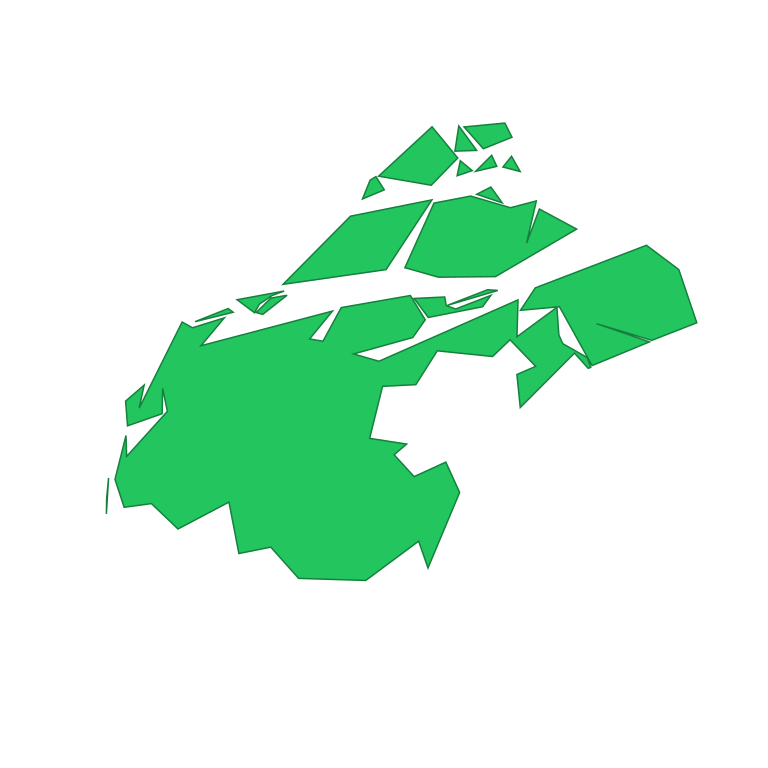 the district of Patuakhali, Barisal, Bangladesh, rotated 222°
{"feature_id": "16705992B49808088196813", "entity_name": "Patuakhali", "entity_type": "district", "adm_level": 2, "iso_a3": "BGD", "parent_name": "Bangladesh", "parent_adm1": "Barisal", "projection": "orthographic", "projection_center": [90.354, 22.181], "detail": "medium", "context": "isolated", "style": "filled", "palette": "green", "viewbox_px": 768, "rotation_deg": 222, "n_neighbors": 0, "source": "geoboundaries", "source_scale": "gbopen_adm2", "svg_char_len": 1988}
<svg xmlns="http://www.w3.org/2000/svg" viewBox="0 0 768 768"><g transform="rotate(222 384 384)"><path d="M242.7,532.3L241.5,534.7L250.7,539.6L278.2,533.6L286.9,537.5L306.8,556.7L316.8,508.1L340.7,536.2L403.0,397.5L426.7,386.0L393.7,437.8L396.3,459.3L423.6,467.4L466.9,412.2L458.0,375.0L469.4,367.7L471.1,403.7L545.6,290.0L546.9,326.3L564.0,297.6L575.5,295.0L549.8,202.2L561.5,222.7L564.6,198.4L546.6,181.3L529.0,213.5L545.6,232.7L526.7,218.7L526.8,158.0L541.3,173.1L520.1,133.1L494.6,118.5L476.8,139.5L440.1,138.4L420.2,192.5L378.4,160.9L359.0,187.0L317.4,182.4L266.1,225.8L253.1,290.4L228.2,276.7L255.2,354.0L285.8,367.3L299.7,335.3L329.1,338.2L327.0,354.5L358.3,334.0L383.5,381.3L359.9,404.8L366.6,444.3L321.7,477.1L319.9,501.2L283.1,498.6L291.6,480.0L267.0,457.7L263.1,534.4L242.7,532.3ZM335.9,556.7L331.9,530.1L305.3,558.8L241.7,536.9L214.9,592.9L266.5,571.0L214.2,595.6L192.5,638.8L241.5,666.3L281.8,662.7L335.9,556.7ZM467.9,551.9L446.3,484.4L415.0,499.8L373.0,538.4L344.5,628.0L385.6,618.0L372.3,584.1L393.3,622.0L408.0,599.6L445.3,581.7L467.9,551.9ZM525.7,390.5L459.0,470.4L471.6,552.9L521.2,486.3L525.7,390.5ZM527.1,534.8L481.9,563.3L480.4,601.3L520.4,607.3L527.1,534.8ZM496.5,628.6L467.6,625.3L454.0,653.0L468.8,658.8L496.5,628.6ZM397.1,489.3L418.9,467.7L395.6,463.1L362.4,507.4L363.9,521.4L380.9,487.7L390.2,483.9L397.1,489.3ZM549.6,348.3L527.9,350.3L530.0,360.0L526.3,375.0L520.4,386.3L549.6,348.3ZM501.1,625.8L487.1,604.5L471.4,619.6L501.1,625.8ZM370.1,523.4L389.5,484.9L362.0,529.7L370.1,523.4ZM417.4,597.7L436.4,601.9L442.1,587.0L417.4,597.7ZM523.8,507.1L513.7,528.5L528.8,532.7L530.7,526.1L523.8,507.1ZM525.8,129.9L514.0,113.9L503.4,101.7L525.8,129.9ZM425.0,633.0L441.6,638.6L440.8,624.8L425.0,633.0ZM461.2,601.6L476.7,601.0L469.0,587.7L461.2,601.6ZM445.8,621.2L457.0,626.0L458.2,603.4L445.8,621.2ZM550.3,335.8L566.1,303.9L544.1,336.4L550.3,335.8ZM515.4,385.1L525.5,372.2L526.8,351.6L520.7,354.6L515.4,385.1Z" fill="#22c55e" stroke="#15803d" stroke-width="1.5"/></g></svg>